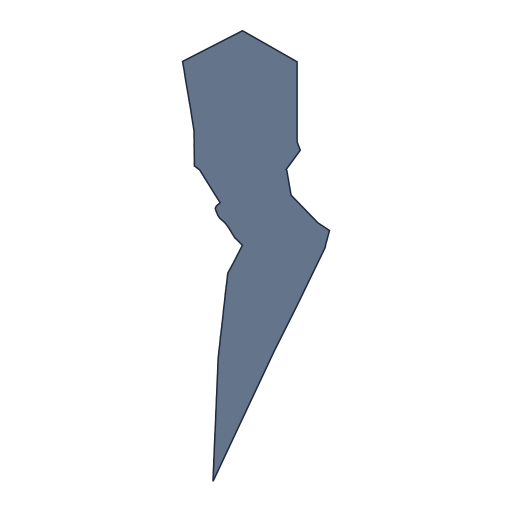 Tibesti Ouest, Tibesti, Chad
{"feature_id": "50815135B44379234996248", "entity_name": "Tibesti Ouest", "entity_type": "district", "adm_level": 2, "iso_a3": "TCD", "parent_name": "Chad", "parent_adm1": "Tibesti", "projection": "robinson", "projection_center": [15.609, 20.194], "detail": "fine", "context": "isolated", "style": "filled", "palette": "slate", "viewbox_px": 512, "rotation_deg": 0, "n_neighbors": 0, "source": "geoboundaries", "source_scale": "gbopen_adm2", "svg_char_len": 3522}
<svg xmlns="http://www.w3.org/2000/svg" viewBox="0 0 512 512"><path d="M297.1,61.8L242.5,30.7L182.6,61.4L182.6,61.8L183.0,63.6L182.9,64.0L183.4,66.3L184.0,69.6L184.2,70.7L184.4,72.0L184.4,72.3L184.8,74.9L185.3,78.2L185.6,80.0L186.8,86.9L187.5,91.1L188.3,95.5L189.4,102.5L189.7,104.0L189.8,104.1L189.9,104.8L190.0,105.3L190.0,105.8L190.9,110.6L191.1,112.7L191.2,113.1L191.2,113.4L191.4,114.1L191.6,115.8L192.5,121.3L193.3,126.4L193.3,126.5L193.7,129.1L193.9,130.0L194.1,131.4L194.0,132.1L194.0,133.4L194.1,138.7L194.2,140.2L194.2,141.4L194.1,144.7L194.1,145.9L194.1,146.0L194.2,146.6L194.2,147.3L194.2,147.5L194.3,156.2L194.4,163.1L194.2,163.4L194.4,164.4L194.4,164.9L194.4,165.9L194.4,166.0L194.5,166.0L198.8,169.3L199.9,170.1L200.1,170.6L200.3,170.9L200.6,171.5L201.8,173.3L202.4,174.3L203.1,175.4L203.8,176.5L203.9,176.8L204.6,177.9L206.7,181.2L207.3,182.3L207.9,183.1L209.1,185.1L209.9,186.3L210.4,187.2L210.9,188.0L211.0,188.2L211.6,189.0L212.5,190.6L213.6,192.4L218.2,199.6L220.1,202.6L219.8,203.0L218.4,204.2L217.1,205.3L216.5,205.9L216.2,206.3L215.7,207.3L215.6,207.6L215.3,208.4L215.5,209.3L215.7,210.0L215.8,210.3L215.9,210.7L216.7,212.5L217.3,213.9L217.4,214.3L218.0,215.7L219.4,217.6L219.6,217.9L221.0,219.3L222.4,220.5L224.4,222.3L226.2,224.3L227.3,225.8L228.0,226.8L228.4,227.4L228.5,227.6L228.9,228.2L229.0,228.4L230.1,230.1L231.5,232.4L231.6,232.7L232.5,234.1L232.8,234.5L234.2,236.8L234.5,237.4L235.9,238.8L237.8,240.6L238.0,240.8L241.6,244.5L241.8,244.7L242.4,245.3L242.1,245.8L241.5,247.0L237.6,254.6L237.3,255.1L236.3,257.1L232.9,263.8L232.6,264.2L232.3,264.8L229.8,269.5L228.2,272.3L228.0,272.8L227.8,273.1L227.6,274.8L227.4,275.6L227.4,276.0L227.4,276.3L227.0,280.3L226.9,280.9L226.8,281.8L226.5,284.5L226.4,285.0L226.3,285.3L226.2,285.6L226.1,285.9L226.3,286.3L226.1,287.2L225.9,289.5L225.7,290.8L225.6,291.2L225.5,291.4L225.6,291.9L225.5,292.6L225.4,293.2L225.2,293.7L225.4,293.8L225.3,294.1L225.1,296.0L224.9,298.0L224.6,300.8L224.6,301.0L224.5,301.5L224.4,302.6L224.4,303.0L224.0,305.6L223.9,306.7L223.4,311.2L223.3,312.2L223.3,312.4L223.2,313.1L223.2,313.6L223.2,314.0L223.0,315.4L222.9,316.5L222.1,323.3L221.9,324.1L221.8,325.7L221.9,326.3L221.6,327.6L221.0,332.4L221.0,332.8L220.9,333.6L220.9,334.0L220.6,336.1L220.4,336.7L220.1,341.0L220.1,341.3L220.0,341.5L219.5,346.5L219.3,347.3L219.3,348.0L219.3,348.3L219.0,350.1L218.7,353.0L218.6,354.6L218.5,355.0L218.4,356.1L218.3,356.8L218.2,357.5L218.1,358.8L217.9,363.9L217.9,364.0L217.7,365.5L217.8,365.8L217.8,366.9L217.8,367.6L217.7,369.6L217.6,372.7L217.5,374.4L217.4,376.3L217.0,385.1L217.0,386.2L216.9,388.0L216.7,393.4L216.7,393.7L216.7,393.8L216.4,398.2L216.3,402.4L216.3,402.6L216.1,407.9L215.9,411.3L215.8,413.4L215.8,413.8L215.7,414.3L215.7,416.4L215.6,418.3L215.7,419.0L215.7,419.3L215.6,420.1L215.6,420.3L215.5,422.2L215.5,422.3L215.4,424.7L215.2,427.8L215.2,428.3L215.2,428.6L215.2,428.8L215.2,429.9L214.8,435.4L214.9,435.7L214.9,436.1L214.8,437.6L214.4,446.3L214.2,451.0L214.1,455.1L214.0,456.1L214.0,457.5L213.8,459.7L213.7,461.0L213.8,461.5L213.7,463.8L213.7,464.7L213.6,465.7L213.8,465.9L213.6,466.6L213.5,467.9L213.4,470.7L213.3,471.7L213.3,472.5L213.3,474.8L213.2,475.9L213.1,477.1L213.1,477.8L213.1,478.6L213.0,479.3L213.0,479.6L213.1,480.0L213.0,481.2L213.0,481.3L213.9,479.5L274.1,351.4L296.8,306.1L325.2,247.5L325.7,244.6L325.8,244.1L327.0,239.9L329.5,230.5L318.0,222.9L304.0,208.5L291.1,195.2L286.8,170.4L286.1,169.6L300.3,150.2L297.1,141.9L297.1,118.4L297.1,61.8Z" fill="#64748b" stroke="#1e293b" stroke-width="1.5"/></svg>